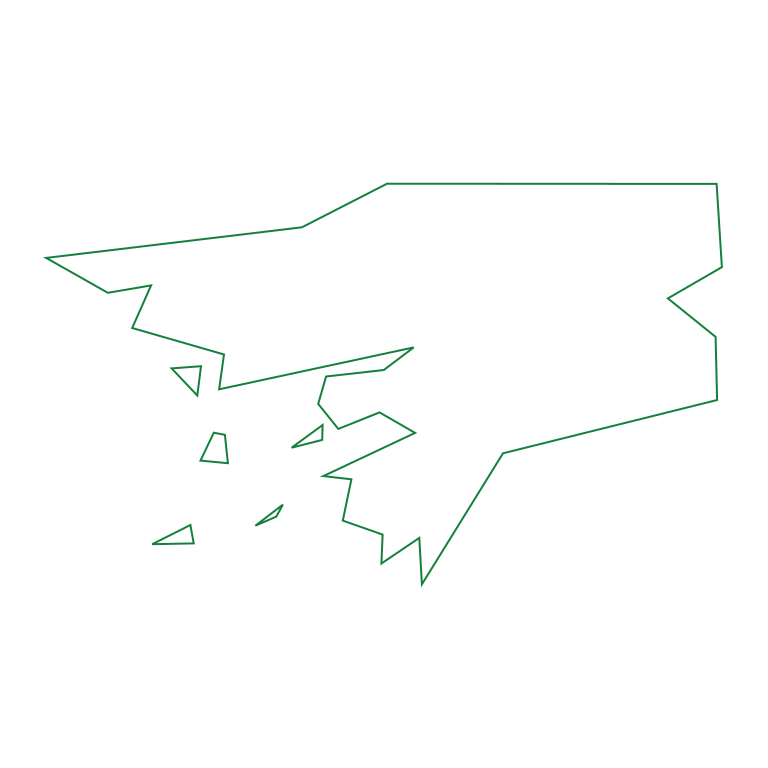 the border of Guinea-Bissau
{"feature_id": "GNB", "entity_name": "Guinea-Bissau", "entity_type": "country or territory", "adm_level": 0, "iso_a3": "GNB", "parent_name": "Africa", "parent_adm1": "", "projection": "orthographic", "projection_center": [-15.403, 11.81], "detail": "coarse", "context": "isolated", "style": "outline", "palette": "green", "viewbox_px": 768, "rotation_deg": 0, "n_neighbors": 0, "source": "natural_earth", "source_scale": "50m", "svg_char_len": 730}
<svg xmlns="http://www.w3.org/2000/svg" viewBox="0 0 768 768"><path d="M46.1,257.9L301.9,227.3L387.0,183.7L716.6,183.9L721.9,267.1L667.9,298.4L715.6,336.9L717.1,400.0L503.0,453.3L421.9,584.3L419.3,537.9L381.4,563.5L382.6,534.6L342.8,520.6L351.4,479.3L323.3,476.1L415.1,432.9L379.5,412.4L338.3,428.9L318.2,403.9L326.1,376.5L383.8,370.0L413.7,347.4L219.1,389.3L224.0,354.5L132.2,328.0L151.1,285.4L107.8,292.8L46.1,257.9ZM193.7,543.4L152.2,544.2L190.4,525.0L193.7,543.4ZM227.9,463.2L200.5,460.6L213.8,432.7L224.9,434.8L227.9,463.2ZM201.0,366.2L197.3,395.5L171.6,368.4L201.0,366.2ZM276.3,516.6L255.4,525.7L282.9,504.6L276.3,516.6ZM322.2,439.9L291.6,447.7L322.6,425.0L322.2,439.9Z" fill="none" stroke="#15803d" stroke-width="2"/></svg>